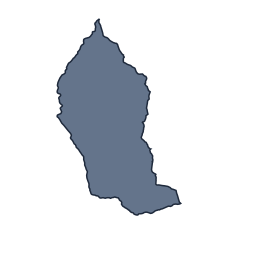 the district of Daga, Wangdi Phodrang, Bhutan, rotated 213°
{"feature_id": "84629894B46024490365368", "entity_name": "Daga", "entity_type": "district", "adm_level": 2, "iso_a3": "BTN", "parent_name": "Bhutan", "parent_adm1": "Wangdi Phodrang", "projection": "mercator", "projection_center": [89.96, 27.228], "detail": "fine", "context": "isolated", "style": "filled", "palette": "slate", "viewbox_px": 256, "rotation_deg": 213, "n_neighbors": 0, "source": "geoboundaries", "source_scale": "gbopen_adm2", "svg_char_len": 5821}
<svg xmlns="http://www.w3.org/2000/svg" viewBox="0 0 256 256"><g transform="rotate(213 128 128)"><path d="M149.6,79.8L148.8,78.7L147.9,77.3L146.5,76.2L145.4,75.3L144.8,74.4L144.2,73.4L141.9,71.8L140.9,70.9L140.5,70.6L138.3,69.3L138.1,68.8L137.8,68.3L137.8,68.1L136.9,65.8L135.2,63.7L133.7,62.5L132.7,61.7L130.7,60.3L129.7,59.1L129.1,57.9L128.3,56.9L126.7,56.0L125.9,54.8L124.7,54.1L123.8,53.2L122.7,52.6L121.9,52.6L120.6,53.0L119.2,53.7L118.6,53.8L117.7,53.8L117.4,54.2L117.2,54.3L116.4,54.5L115.9,54.6L115.4,54.5L114.3,54.2L114.0,54.1L113.5,54.1L113.2,54.2L112.9,54.3L112.1,54.9L111.2,55.8L110.8,56.1L110.3,56.2L109.9,56.3L108.8,56.8L108.6,56.9L107.7,58.1L106.4,58.9L105.7,59.4L105.3,59.4L104.8,59.4L104.6,59.4L104.2,59.8L103.4,61.0L102.9,61.4L102.7,61.5L102.4,61.8L101.6,62.9L100.8,63.2L100.4,63.2L100.0,63.4L99.2,63.6L98.5,63.9L98.2,64.1L97.4,63.8L96.9,63.6L96.3,63.1L95.1,62.8L94.0,62.8L93.3,62.5L93.1,62.4L92.5,61.9L92.3,61.3L92.0,60.6L90.6,59.9L89.7,59.6L89.4,59.6L88.9,59.6L88.4,59.6L87.7,59.7L86.9,59.5L86.0,59.7L85.4,59.7L83.7,59.7L83.0,59.5L82.8,59.5L82.1,59.7L81.9,59.7L81.7,59.6L81.3,59.3L80.7,59.3L80.3,59.1L79.1,59.1L78.8,59.2L77.8,59.6L77.5,59.6L77.1,59.6L76.3,59.2L76.1,59.1L74.8,59.3L73.5,59.7L73.0,60.0L72.4,60.4L72.3,60.9L72.3,61.6L72.1,62.0L71.8,62.2L71.5,62.4L71.2,62.6L69.8,63.7L69.0,64.6L68.9,64.8L68.8,65.4L67.6,66.8L67.0,67.3L66.0,67.8L64.3,68.3L62.5,68.7L62.1,69.1L61.3,70.0L60.5,71.9L60.1,73.2L59.5,74.1L58.7,74.9L58.1,75.8L56.9,76.6L56.4,77.7L55.2,78.9L51.6,84.4L50.6,85.0L49.6,85.4L49.2,86.1L48.8,86.6L48.6,87.4L48.4,88.3L48.0,89.0L47.1,89.7L46.5,90.3L45.5,90.7L44.7,91.1L44.2,91.6L43.2,92.5L42.7,93.5L44.5,93.8L47.1,96.0L49.7,98.3L51.7,99.8L53.7,101.8L56.6,101.2L58.5,100.6L60.2,101.0L62.8,100.7L65.9,99.4L68.1,98.3L71.0,97.1L72.6,96.0L73.3,95.9L73.7,95.9L74.3,96.4L76.0,99.5L76.6,100.3L77.3,101.6L77.8,102.2L79.1,102.9L79.4,104.0L79.4,104.3L79.7,104.4L80.3,104.3L81.2,104.2L83.3,104.3L84.2,104.6L85.6,105.9L86.5,107.7L88.8,112.5L89.2,112.9L88.9,113.0L89.5,114.3L89.9,115.0L91.1,116.1L91.6,117.0L92.1,118.0L93.3,118.6L94.1,119.1L94.8,119.3L95.6,119.4L96.6,120.4L97.6,121.2L97.7,121.9L97.5,122.7L97.9,122.5L99.2,122.7L100.0,122.7L100.8,123.2L101.6,123.6L101.8,123.9L102.5,124.6L103.0,124.7L104.9,125.8L106.4,125.6L107.4,126.0L108.4,126.2L109.3,126.3L110.5,126.4L111.7,127.2L112.0,128.0L112.2,129.3L112.5,130.3L112.9,130.8L113.0,132.3L113.4,133.5L113.9,134.4L114.3,135.6L115.1,136.9L115.1,137.6L115.6,138.4L116.4,139.3L117.6,140.1L119.0,140.6L119.0,140.9L118.1,142.0L117.8,143.2L118.1,144.0L118.1,144.7L118.7,146.6L119.6,148.1L118.8,150.5L120.4,152.0L122.2,153.9L123.3,154.7L124.9,158.4L125.2,159.2L125.8,160.3L126.4,161.7L126.2,162.9L126.0,163.6L126.1,163.9L126.9,164.9L127.7,165.8L128.3,167.1L129.1,170.4L129.7,170.5L130.6,170.5L131.6,170.8L131.8,171.2L132.5,171.6L133.3,172.1L134.3,173.1L134.9,173.2L135.8,173.2L137.0,173.7L138.0,174.2L137.7,175.4L138.3,175.9L138.9,177.3L138.9,178.4L139.2,179.5L139.6,180.1L140.4,180.6L141.2,181.0L142.0,180.7L143.3,180.7L145.2,181.2L145.9,180.7L146.8,180.1L147.3,179.6L148.0,179.2L149.1,178.9L150.0,178.9L150.6,179.3L151.3,179.4L153.0,180.5L154.0,181.4L155.0,181.9L155.7,181.8L157.8,181.5L158.6,181.7L159.3,181.8L160.1,181.8L162.8,181.1L163.8,181.0L165.7,181.0L167.0,180.7L168.0,181.0L168.4,181.8L168.9,182.2L169.5,183.5L169.8,183.9L169.9,184.4L169.9,184.7L169.7,185.2L169.9,185.5L170.7,185.8L171.1,186.0L171.3,186.3L171.6,186.8L172.8,186.7L173.5,187.0L174.0,187.1L175.6,187.8L176.0,188.0L177.0,188.3L177.6,188.7L178.1,189.0L179.8,190.3L180.2,190.6L180.4,190.8L181.0,191.2L181.4,191.6L181.8,192.0L182.3,192.3L182.7,192.4L183.3,192.7L183.7,192.7L184.3,192.5L184.7,192.2L185.3,192.0L185.7,192.0L186.5,191.7L189.2,191.5L191.1,191.5L191.9,191.8L193.3,192.2L194.2,192.3L194.9,192.3L195.7,192.1L196.6,191.8L197.5,191.8L198.9,191.8L199.6,192.4L200.2,193.1L201.0,193.9L201.4,194.3L202.0,194.8L204.1,196.6L205.2,197.5L206.2,198.3L206.4,198.6L206.7,198.9L208.8,200.1L209.4,200.3L209.8,200.5L210.6,201.7L211.2,202.7L211.2,203.3L211.6,203.4L212.5,200.9L212.5,198.9L212.8,198.0L212.6,197.5L212.2,196.9L211.5,196.5L210.2,195.2L209.8,194.5L209.4,193.3L208.7,192.3L208.5,191.4L208.7,190.7L209.9,189.7L210.1,189.2L209.9,188.7L209.2,187.6L209.4,185.6L209.4,184.6L209.9,182.9L211.0,181.6L212.3,180.2L213.2,178.8L213.3,178.0L212.4,176.3L211.5,175.4L211.1,174.7L211.1,173.9L211.7,173.0L212.0,171.4L211.9,170.3L211.2,167.9L211.2,166.6L211.4,165.3L211.6,164.4L211.0,163.6L210.6,162.8L211.0,161.8L211.2,160.6L211.2,159.1L211.3,157.9L211.6,157.0L211.8,156.8L211.9,154.6L212.0,153.4L212.2,152.5L212.4,151.7L212.6,151.1L212.9,150.7L213.0,150.3L213.1,149.8L213.1,149.3L213.0,148.6L212.7,146.5L212.6,145.6L212.5,145.3L212.4,145.0L212.0,144.7L211.5,144.2L211.5,143.5L211.8,142.8L211.8,142.4L211.8,141.9L211.7,141.6L211.0,140.8L210.8,140.4L210.7,139.9L210.7,139.4L210.8,139.1L211.1,138.4L211.7,137.3L212.1,136.8L212.2,136.4L212.3,132.7L212.2,132.3L211.8,129.6L211.5,128.0L210.9,126.5L210.8,126.2L210.7,125.9L210.3,125.2L210.0,124.9L208.7,124.2L208.2,123.6L208.1,123.3L207.7,121.1L207.5,120.6L207.2,119.9L207.0,119.6L206.6,119.3L206.2,119.1L205.3,119.0L204.9,119.1L204.1,119.4L203.5,119.5L203.0,119.4L202.3,118.9L202.2,118.6L202.2,117.9L202.2,117.5L202.5,116.8L202.5,116.2L202.5,115.6L202.2,115.2L201.9,114.9L201.1,114.3L200.7,113.9L200.2,113.3L200.0,112.9L199.5,112.4L198.6,111.8L197.3,111.5L195.7,111.3L195.2,111.0L195.0,110.4L195.4,109.3L195.6,107.9L195.4,107.4L194.4,106.8L192.6,105.6L192.3,104.6L192.2,103.5L193.9,101.0L194.2,100.3L193.9,99.3L193.3,98.8L192.1,98.8L190.0,98.0L186.2,96.0L183.2,95.3L176.8,93.2L173.9,92.4L172.7,91.9L171.6,91.2L171.1,89.7L170.9,88.4L170.0,87.8L167.9,87.3L166.6,86.7L164.5,85.4L163.1,85.4L162.0,84.7L160.8,83.6L158.7,83.3L157.2,82.8L155.6,82.0L153.5,81.2L151.8,80.4L150.7,80.2L149.6,79.8Z" fill="#64748b" stroke="#1e293b" stroke-width="1.5"/></g></svg>